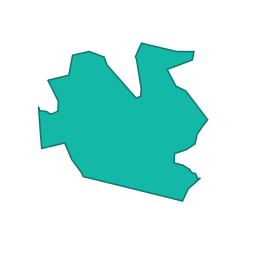 outline of Piracuruca, Piauí, Brazil, rotated 70°
{"feature_id": "56859067B11814342794518", "entity_name": "Piracuruca", "entity_type": "district", "adm_level": 2, "iso_a3": "BRA", "parent_name": "Brazil", "parent_adm1": "Piauí", "projection": "robinson", "projection_center": [-41.675, -3.854], "detail": "fine", "context": "isolated", "style": "filled", "palette": "teal", "viewbox_px": 256, "rotation_deg": 70, "n_neighbors": 0, "source": "geoboundaries", "source_scale": "gbopen_adm2", "svg_char_len": 1301}
<svg xmlns="http://www.w3.org/2000/svg" viewBox="0 0 256 256"><g transform="rotate(70 128 128)"><path d="M55.8,185.8L55.9,186.9L79.1,184.3L88.3,188.2L88.5,191.7L88.8,194.2L88.5,195.4L87.8,196.8L86.4,197.6L85.0,198.5L84.3,199.5L83.6,201.0L82.7,202.7L82.1,204.1L81.4,204.7L80.4,205.1L79.2,204.7L78.4,205.0L85.4,207.1L86.2,207.3L105.6,212.8L117.7,216.1L117.9,214.4L120.4,192.6L138.5,191.6L154.0,187.0L157.4,186.6L158.3,186.7L167.7,172.7L191.2,137.6L215.3,101.7L205.7,92.1L199.8,77.1L199.5,80.2L196.4,79.9L194.4,80.2L193.2,81.1L192.7,82.1L192.3,83.0L191.0,83.5L189.8,84.1L188.8,83.8L181.5,89.3L178.7,93.6L176.7,96.5L168.0,93.0L168.2,85.2L168.3,80.6L165.8,70.3L163.6,69.0L160.4,67.0L158.7,66.0L157.6,65.3L152.4,58.1L147.5,50.3L126.7,56.7L113.0,61.0L106.0,67.7L105.0,68.7L86.3,71.2L86.2,58.6L86.0,44.3L78.8,39.9L78.2,41.6L72.8,56.0L70.3,60.0L62.6,71.6L60.5,74.9L53.5,85.4L52.9,86.3L63.4,96.5L64.3,96.7L66.2,96.5L67.4,96.7L69.6,97.1L87.6,100.6L95.3,102.0L102.6,105.3L102.6,108.7L102.6,110.2L61.5,126.2L57.6,126.2L53.2,126.2L47.2,133.2L42.8,138.3L40.7,155.2L45.3,157.9L58.1,165.5L58.0,166.5L57.9,167.6L57.7,169.8L57.6,170.9L57.4,172.5L57.3,173.4L57.2,174.4L57.1,175.3L56.9,176.6L56.8,177.8L56.6,179.3L56.4,181.1L56.3,182.6L56.2,183.5L55.8,185.8Z" fill="#14b8a6" stroke="#0f766e" stroke-width="1.5"/></g></svg>